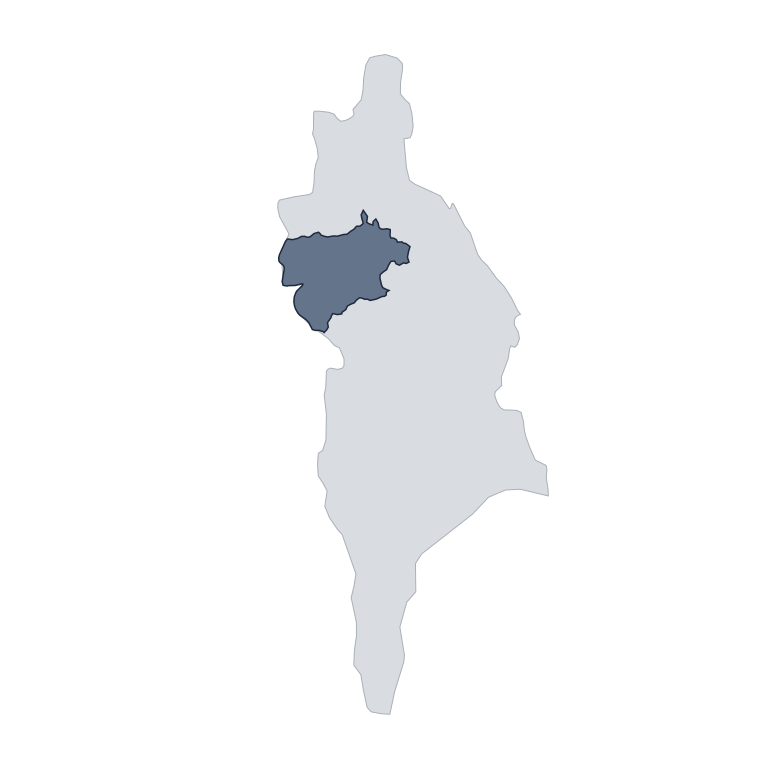 Georgia, with Mtskheta-Mtianeti highlighted, rotated 244°
{"feature_id": "GEO-3034", "entity_name": "Mtskheta-Mtianeti", "entity_type": "Region", "adm_level": 1, "iso_a3": "GEO", "parent_name": "Georgia", "parent_adm1": "", "projection": "albers", "projection_center": [44.706, 42.223], "detail": "fine", "context": "in_parent", "style": "filled", "palette": "slate", "viewbox_px": 768, "rotation_deg": 244, "n_neighbors": 0, "source": "natural_earth", "source_scale": "10m", "svg_char_len": 3842}
<svg xmlns="http://www.w3.org/2000/svg" viewBox="0 0 768 768"><g transform="rotate(244 384 384)"><path d="M386.8,537.2L387.0,534.9L386.3,531.3L383.5,528.7L379.6,527.0L372.3,527.5L365.5,525.7L360.8,521.0L359.7,517.6L362.6,514.8L360.6,512.4L352.3,506.7L338.8,492.5L331.1,489.2L328.2,480.5L325.2,478.5L318.6,477.6L311.7,478.2L310.2,479.2L308.1,480.5L302.4,491.3L298.5,494.8L289.2,492.9L281.6,490.1L275.3,488.5L263.2,487.2L249.3,486.6L239.7,494.0L235.7,492.9L228.7,488.8L217.4,485.3L211.4,482.6L229.7,460.3L235.4,446.9L235.9,438.6L236.4,428.3L228.2,406.4L221.6,375.5L214.8,343.4L208.9,333.6L183.3,321.5L177.9,308.8L158.6,291.7L131.1,283.4L125.7,280.1L102.7,258.6L84.6,244.5L89.0,236.8L94.9,228.8L100.8,227.1L117.5,231.2L133.0,235.8L144.5,233.6L157.8,240.8L169.8,248.9L182.1,254.8L206.3,260.8L215.1,268.1L225.5,275.5L267.1,280.4L270.5,279.4L273.6,278.5L287.6,276.4L300.0,277.2L312.8,286.0L321.2,285.7L330.2,284.6L341.6,289.4L350.5,294.6L351.2,299.7L359.0,307.2L381.9,318.9L400.5,325.5L406.3,330.1L420.5,337.7L421.9,340.0L421.6,343.1L417.5,348.6L416.4,353.5L418.3,356.3L424.2,359.1L436.0,359.8L440.3,356.3L449.1,353.9L457.8,349.4L469.5,343.4L485.3,337.9L491.6,337.9L497.7,339.6L501.9,342.7L509.1,354.0L516.2,338.1L518.0,337.0L524.5,340.1L536.0,344.5L543.9,346.8L548.3,350.0L560.5,364.4L580.2,363.5L588.6,365.6L593.1,368.0L595.1,370.7L591.7,385.1L587.0,400.1L587.5,403.8L595.5,409.3L606.3,415.1L612.2,419.8L616.2,424.1L624.8,427.2L635.0,429.1L639.8,429.3L644.8,432.8L658.0,439.3L659.7,440.9L657.6,445.4L652.5,453.4L648.4,457.5L643.8,458.2L639.3,460.1L637.8,464.4L637.7,469.9L638.5,473.8L639.7,475.3L644.4,476.5L649.3,487.9L656.7,493.6L668.1,500.0L678.4,507.3L683.4,514.1L682.6,519.2L679.5,529.7L671.3,538.6L664.3,540.9L661.8,540.2L657.1,537.5L647.7,531.0L637.6,525.9L629.9,527.7L624.9,529.8L614.8,527.6L602.9,523.2L596.7,518.7L593.9,515.4L595.7,509.4L568.7,499.0L555.8,496.2L550.0,499.4L530.3,515.6L527.9,517.3L512.9,519.5L512.8,520.9L516.3,524.3L515.6,525.4L490.3,525.8L481.8,527.8L459.3,525.0L451.9,526.2L445.5,528.7L430.0,531.4L419.4,534.7L405.7,536.3L391.7,536.3L386.8,537.2Z" fill="#d9dde1" stroke="#a8b0b8" stroke-width="1"/><path d="M516.9,336.6L520.8,337.4L530.6,344.4L532.2,345.2L533.9,345.5L535.6,345.2L536.4,344.8L538.9,343.7L540.6,343.5L543.5,344.6L546.1,346.8L555.0,357.5L556.0,359.2L556.7,360.8L553.8,365.1L552.6,370.7L552.9,374.4L551.5,377.5L549.5,379.3L548.7,382.1L549.9,387.0L549.1,391.7L547.3,392.4L545.4,392.7L543.1,394.9L540.9,397.7L539.1,403.8L537.4,406.6L536.0,413.6L534.8,416.4L535.9,421.1L536.2,424.6L537.8,428.4L536.4,431.7L537.3,435.5L539.3,436.2L541.5,436.4L546.0,437.6L549.2,441.5L541.9,442.6L536.9,439.3L534.3,441.0L531.8,443.7L534.7,445.4L535.9,449.0L531.4,449.3L526.8,448.2L524.9,449.0L523.4,451.2L522.3,454.6L520.1,457.3L514.6,454.4L512.2,454.2L510.8,456.7L508.3,458.4L505.6,458.3L503.8,462.5L502.0,463.2L500.9,465.1L496.1,467.6L491.8,463.7L487.6,460.6L482.6,459.9L482.6,456.8L484.3,454.7L484.0,450.0L486.6,447.6L489.9,447.4L491.2,444.0L488.7,440.1L485.7,436.6L485.0,432.2L484.3,429.6L484.2,429.4L483.9,428.4L480.8,426.7L474.3,425.2L471.2,425.1L468.6,427.0L467.1,428.3L465.9,429.5L465.5,426.3L463.0,425.0L462.6,422.9L463.4,420.7L463.5,420.5L463.7,414.3L465.1,408.3L466.2,407.3L467.3,406.6L468.1,405.1L468.8,403.5L470.6,402.1L472.2,399.9L471.5,396.1L470.0,392.9L470.3,389.0L470.1,385.4L468.9,383.7L467.7,382.5L467.3,380.6L467.1,378.6L466.5,377.4L465.5,376.8L466.9,372.4L469.8,368.8L468.4,366.8L466.9,365.4L463.9,360.1L459.6,358.9L457.8,356.3L456.7,353.1L456.5,352.7L457.6,352.4L458.8,351.1L460.5,349.4L462.2,345.9L464.3,343.5L472.3,343.3L475.9,342.2L482.9,338.4L485.5,337.7L490.0,337.4L493.8,337.9L497.2,339.0L497.5,339.1L500.8,341.0L502.2,342.1L504.9,345.0L505.9,346.6L508.2,353.7L509.3,354.9L510.1,354.0L511.5,347.3L514.1,341.7L514.6,339.7L516.9,336.6Z" fill="#64748b" stroke="#1e293b" stroke-width="1.5"/></g></svg>